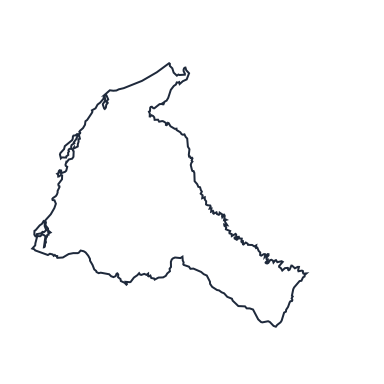 outline of Santa Catarina, rotated 202°
{"feature_id": "BRA-614", "entity_name": "Santa Catarina", "entity_type": "State", "adm_level": 1, "iso_a3": "BRA", "parent_name": "Brazil", "parent_adm1": "", "projection": "equal_earth", "projection_center": [-50.571, -27.663], "detail": "fine", "context": "isolated", "style": "outline", "palette": "slate", "viewbox_px": 384, "rotation_deg": 202, "n_neighbors": 0, "source": "natural_earth", "source_scale": "10m", "svg_char_len": 6001}
<svg xmlns="http://www.w3.org/2000/svg" viewBox="0 0 384 384"><g transform="rotate(202 192 192)"><path d="M60.6,118.1L60.1,116.3L61.4,114.7L60.7,106.3L61.1,104.3L63.2,100.7L63.8,98.5L66.2,98.4L71.1,100.6L73.0,100.7L77.9,97.5L79.2,97.3L82.9,98.7L91.4,105.9L94.9,105.7L97.7,104.6L100.0,105.8L106.3,103.6L113.6,106.5L115.0,108.0L120.0,108.0L124.3,110.1L127.0,110.1L130.0,110.9L132.1,110.5L137.8,111.6L140.8,113.6L141.8,115.6L147.0,120.1L150.3,120.2L153.6,121.3L162.0,121.5L164.7,120.2L166.8,121.6L172.4,121.3L173.0,121.7L173.4,123.6L174.9,125.0L176.6,128.4L178.0,126.4L183.2,124.9L184.8,123.3L185.5,121.8L185.4,119.3L183.4,114.6L184.0,112.4L182.8,110.3L184.4,107.3L184.9,104.4L186.8,102.0L191.0,100.1L193.8,96.8L194.8,97.6L197.5,97.0L199.3,98.9L200.3,97.6L201.1,97.6L202.1,99.9L203.2,98.1L205.6,98.2L208.0,96.1L209.3,96.0L210.6,96.9L211.5,94.4L213.8,90.9L215.2,85.7L215.8,85.1L219.7,83.9L217.8,82.2L218.1,81.5L220.5,82.6L224.6,82.8L225.7,84.5L228.6,85.3L229.5,87.9L230.7,88.6L231.3,88.0L231.3,85.4L232.9,83.7L235.4,83.6L238.0,84.7L246.4,83.0L248.1,81.8L250.5,82.0L251.3,82.9L253.6,83.6L256.9,87.1L260.8,90.1L261.6,91.8L264.4,94.1L268.0,96.1L270.2,96.5L273.3,96.0L274.2,93.4L275.0,92.5L279.1,90.9L283.1,88.3L287.2,82.9L292.2,80.5L292.6,80.8L293.0,82.1L294.5,81.7L295.6,82.2L296.3,81.0L297.8,81.9L300.6,81.5L302.0,79.6L315.5,79.1L316.8,79.8L318.9,79.7L317.4,83.8L318.0,85.8L318.9,92.6L318.4,93.4L316.2,94.1L314.6,96.9L311.3,96.1L308.6,85.3L308.2,85.6L308.1,86.9L308.8,88.6L308.6,90.8L309.6,92.1L310.1,94.7L309.7,96.4L310.1,97.8L309.0,98.7L310.1,100.6L308.8,100.6L308.0,101.5L311.0,102.5L311.8,104.2L315.4,106.3L316.1,109.2L317.5,110.4L314.6,118.4L313.6,125.5L313.8,130.1L316.4,132.8L318.2,132.3L318.9,133.2L318.6,134.4L316.7,137.2L316.3,139.1L316.4,141.2L317.0,142.6L316.7,147.0L317.1,147.7L318.1,147.9L318.9,149.2L317.3,155.1L318.6,158.7L320.0,158.7L320.9,156.9L321.8,156.2L322.8,158.1L323.8,158.4L322.8,159.8L323.3,161.4L322.9,162.6L321.4,162.9L321.0,162.1L321.8,161.9L322.0,161.4L321.7,160.8L320.5,160.3L317.3,163.1L316.6,164.6L317.1,168.6L318.9,169.0L319.5,169.9L319.9,174.0L319.3,172.7L318.4,176.0L315.6,178.0L315.1,180.2L317.0,185.5L317.9,185.8L318.5,186.7L318.1,189.1L317.7,188.3L315.0,191.4L315.8,193.6L316.0,196.2L317.0,198.3L315.9,199.4L318.7,203.3L317.7,204.4L317.9,205.2L319.0,205.6L318.8,206.8L317.0,210.4L316.4,214.3L317.3,217.7L316.2,219.5L314.5,227.6L314.4,229.1L315.4,230.2L312.8,233.4L312.3,237.7L310.6,240.5L309.0,245.3L309.3,246.7L308.6,247.6L307.0,245.0L306.8,243.6L307.6,240.3L307.4,239.6L304.7,236.5L304.0,236.3L303.5,238.0L304.2,241.0L303.5,242.8L303.7,243.3L305.2,243.5L305.2,244.0L304.4,246.5L307.6,249.6L308.2,249.8L309.6,248.9L306.3,255.5L302.9,256.4L300.1,257.8L298.3,259.8L294.2,262.7L280.0,276.3L269.5,289.8L261.5,302.8L260.6,302.6L259.8,300.6L256.6,299.3L253.7,295.8L249.6,294.2L248.6,295.8L247.4,295.8L242.6,298.1L242.9,299.0L245.1,301.0L245.6,302.2L245.7,303.6L245.3,304.5L244.7,304.9L242.9,302.7L239.2,301.0L239.1,294.4L242.0,291.3L243.9,287.5L245.1,289.1L245.9,288.2L247.2,287.9L247.2,285.6L248.6,283.5L249.9,278.8L249.3,270.3L249.8,267.2L251.3,265.4L251.3,262.6L251.9,262.4L252.3,263.6L253.4,262.1L255.0,261.3L258.3,255.5L259.2,255.2L261.2,256.0L262.1,255.4L262.3,254.5L261.3,251.3L262.0,250.3L260.5,248.9L259.5,246.2L259.0,246.3L258.3,248.0L256.5,247.9L255.0,247.1L253.7,244.9L250.6,246.3L248.8,244.9L246.2,246.6L245.0,246.8L241.9,246.2L241.3,244.4L240.7,244.4L240.2,245.2L240.2,247.1L239.4,247.1L236.6,244.9L231.6,244.1L230.1,244.9L229.5,243.7L225.2,243.0L223.3,241.7L221.8,241.7L220.6,242.6L218.5,240.7L216.5,239.8L212.8,232.5L210.4,230.7L208.9,225.3L208.0,223.8L207.4,224.2L206.1,223.0L204.9,223.8L204.2,223.4L204.1,221.0L203.0,220.4L203.5,218.8L203.3,216.6L200.3,212.4L199.4,211.6L198.4,212.0L197.0,210.6L193.6,203.0L190.1,201.2L188.1,199.2L186.3,199.4L184.5,197.1L183.0,196.0L183.3,193.7L180.9,192.9L180.2,190.1L178.2,191.9L177.3,189.8L175.4,188.7L174.3,185.7L172.8,185.5L170.0,186.3L169.3,185.5L169.4,183.2L167.8,184.1L166.9,180.9L165.4,182.3L164.8,181.8L164.4,180.2L163.8,180.0L161.7,182.3L160.5,180.9L158.6,180.9L158.2,181.5L158.6,183.2L154.9,182.4L155.2,181.0L154.5,180.0L153.7,182.9L153.0,182.5L152.5,181.4L151.8,178.2L150.9,179.2L149.7,179.1L151.0,178.0L149.9,176.5L147.0,174.5L150.0,174.0L149.3,172.8L147.1,172.2L146.6,170.1L142.0,170.1L142.1,168.3L141.7,167.7L139.5,167.9L138.6,166.1L135.9,169.5L135.1,169.1L134.1,166.8L134.1,166.3L135.2,166.0L135.4,165.4L135.0,164.8L132.6,164.5L132.1,165.2L132.5,167.6L131.8,168.0L130.8,166.7L128.4,167.4L127.6,164.4L126.9,164.1L126.7,166.3L125.1,162.6L124.6,162.6L123.2,165.3L121.0,164.9L120.3,164.0L116.4,165.4L113.8,164.9L112.5,166.5L112.1,164.5L111.6,164.0L110.6,164.9L108.2,162.4L106.1,161.5L105.2,159.1L104.0,158.9L102.1,161.3L101.1,161.7L100.5,160.9L100.2,159.1L98.7,162.7L97.8,163.0L97.3,161.9L98.2,159.3L98.1,158.3L97.5,157.5L96.4,157.9L96.2,156.4L97.3,154.6L97.3,154.0L96.5,153.7L95.5,153.9L94.7,154.8L94.0,158.2L93.0,158.9L91.2,158.6L90.0,157.1L89.2,159.8L88.6,160.3L86.6,158.9L83.0,161.4L81.7,161.2L83.5,156.1L83.2,155.2L80.9,154.6L78.9,153.0L77.3,156.2L75.1,157.4L74.7,157.5L73.7,155.9L73.1,155.7L72.4,156.6L72.3,161.0L71.6,161.2L68.0,159.8L65.9,162.2L64.8,162.6L64.3,159.2L63.6,158.4L60.6,160.3L59.5,160.2L58.9,158.7L58.1,158.1L55.4,159.4L56.4,157.5L56.0,155.8L57.1,154.4L57.3,150.7L58.9,149.7L61.6,141.7L61.7,139.7L60.5,133.2L59.5,132.9L59.8,130.7L58.7,129.8L58.4,129.0L58.5,128.3L59.8,127.6L60.1,126.4L59.9,121.4L60.6,118.1ZM325.8,175.2L326.2,174.1L328.5,177.3L328.6,178.8L326.7,183.8L327.1,186.9L322.6,195.1L322.5,196.5L323.2,198.9L323.0,199.9L321.3,200.8L320.2,202.7L319.2,202.7L319.2,197.6L320.2,193.7L319.4,193.2L321.2,190.5L321.1,189.0L320.1,186.7L321.7,186.2L322.2,185.3L322.1,184.2L321.3,183.6L321.6,182.0L320.6,180.0L321.9,177.9L321.6,176.8L325.8,175.2ZM320.7,104.0L319.2,106.3L318.7,109.3L317.3,108.8L315.8,105.2L312.8,102.0L314.2,99.4L315.6,99.1L316.5,97.1L320.1,94.8L319.7,93.2L320.6,92.3L322.2,93.4L323.5,96.9L322.6,98.3L320.7,104.0Z" fill="none" stroke="#1e293b" stroke-width="2"/></g></svg>